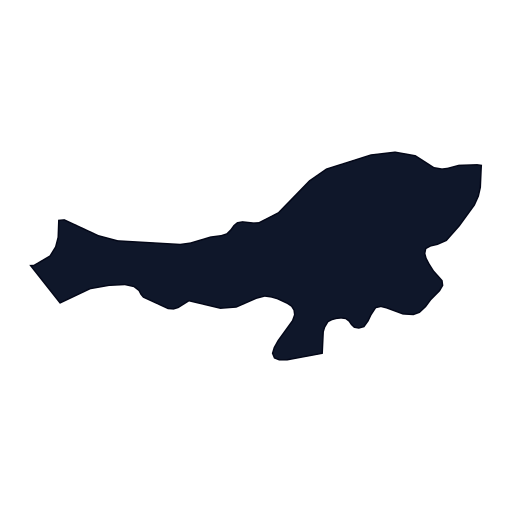 outline of Boumerdès
{"feature_id": "DZA-2196", "entity_name": "Boumerdès", "entity_type": "Province", "adm_level": 1, "iso_a3": "DZA", "parent_name": "Algeria", "parent_adm1": "", "projection": "mercator", "projection_center": [3.676, 36.757], "detail": "fine", "context": "isolated", "style": "filled", "palette": "ink", "viewbox_px": 512, "rotation_deg": 0, "n_neighbors": 0, "source": "natural_earth", "source_scale": "10m", "svg_char_len": 1344}
<svg xmlns="http://www.w3.org/2000/svg" viewBox="0 0 512 512"><path d="M30.7,265.6L33.9,265.5L50.1,256.0L55.7,246.9L58.2,237.3L58.8,220.4L64.3,219.9L98.2,235.7L117.7,240.9L180.2,244.5L190.5,243.1L210.6,237.1L221.4,235.7L226.9,233.9L230.9,229.9L234.1,225.5L237.4,222.8L242.5,221.9L253.6,223.1L259.0,222.8L278.5,212.8L309.6,180.8L326.5,169.1L371.0,155.0L395.1,152.2L415.3,155.8L433.8,167.7L442.0,169.1L447.7,168.4L458.9,165.4L477.1,164.8L481.3,165.4L481.1,168.9L480.3,187.3L478.3,196.1L474.3,205.0L459.2,225.8L446.3,240.4L437.4,244.3L430.5,245.9L425.7,248.5L424.7,253.5L426.0,258.3L428.9,263.9L433.3,270.9L442.0,280.7L442.6,285.4L439.5,290.7L430.6,299.7L425.5,306.6L419.4,312.3L413.3,314.5L403.0,313.9L386.5,307.8L380.9,306.4L375.6,307.6L370.9,314.8L368.0,320.9L363.9,326.6L358.8,328.0L354.3,327.2L351.5,324.5L349.2,321.1L345.8,318.5L341.1,317.9L336.2,318.4L331.8,319.6L327.9,321.6L324.6,327.1L323.2,331.7L322.2,353.2L287.1,359.8L279.3,359.8L274.5,357.9L272.6,353.3L274.3,347.6L278.2,340.6L292.6,320.7L294.7,314.8L294.1,310.1L291.7,306.2L287.4,303.3L277.3,298.6L271.3,296.9L264.7,296.0L256.3,298.2L236.2,307.0L220.4,308.2L188.9,300.7L178.1,307.5L173.5,308.9L168.1,308.5L143.4,297.1L141.0,294.2L139.1,290.5L134.0,286.5L124.9,284.5L108.9,285.3L90.2,288.6L60.1,302.9L31.2,266.3L30.7,265.6Z" fill="#0f172a" stroke="#020617" stroke-width="1.5"/></svg>